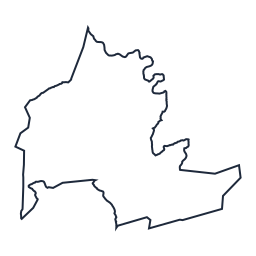 the district of San Juan Quiahije, Oaxaca, Mexico
{"feature_id": "50627088B53386333601556", "entity_name": "San Juan Quiahije", "entity_type": "district", "adm_level": 2, "iso_a3": "MEX", "parent_name": "Mexico", "parent_adm1": "Oaxaca", "projection": "mercator", "projection_center": [-97.349, 16.355], "detail": "fine", "context": "isolated", "style": "outline", "palette": "slate", "viewbox_px": 256, "rotation_deg": 0, "n_neighbors": 0, "source": "geoboundaries", "source_scale": "gbopen_adm2", "svg_char_len": 5789}
<svg xmlns="http://www.w3.org/2000/svg" viewBox="0 0 256 256"><path d="M164.4,91.3L164.0,92.1L163.4,92.5L161.6,93.0L159.5,93.6L157.1,93.4L155.9,93.4L154.1,93.1L153.5,92.8L152.6,91.5L152.5,90.1L152.9,88.4L153.4,86.7L156.0,84.6L156.2,84.1L156.6,83.9L157.7,81.7L158.3,81.2L160.7,81.5L163.3,80.2L164.0,79.6L163.6,75.4L162.5,74.2L161.4,74.2L160.1,74.6L158.6,74.1L156.6,74.1L154.8,74.4L153.4,75.8L153.6,77.0L153.6,77.7L153.1,78.6L149.7,81.4L149.3,81.6L148.8,81.5L148.3,80.7L145.1,79.5L144.2,78.5L144.0,77.4L144.0,76.2L143.8,75.6L143.9,75.1L143.4,73.8L143.4,72.2L143.3,71.6L143.7,69.9L144.2,69.5L145.2,68.0L146.6,67.0L149.0,66.4L149.9,66.1L151.2,65.5L152.1,64.7L152.6,63.7L153.0,61.3L152.2,60.6L151.9,59.1L151.7,58.7L150.5,57.3L149.3,56.9L147.2,56.2L143.5,57.5L143.5,57.8L142.8,58.5L142.3,58.8L141.3,58.7L140.7,58.3L140.0,57.3L139.4,53.3L139.6,52.9L139.0,51.5L138.7,50.7L138.0,50.1L135.6,50.4L132.8,52.6L129.2,53.2L128.3,53.5L127.3,54.8L126.6,55.9L126.4,56.0L125.9,56.7L125.3,57.0L124.6,57.1L122.6,56.5L119.6,54.3L117.9,53.7L117.2,54.0L116.1,54.2L114.8,55.0L113.7,55.3L111.9,55.6L109.1,55.5L108.3,55.1L106.0,52.8L104.6,50.0L104.5,47.7L104.1,44.8L103.1,43.0L102.5,42.5L101.0,42.1L98.4,42.0L97.3,41.9L96.7,41.7L95.7,40.8L95.1,39.8L94.0,38.7L93.3,36.2L90.8,34.2L88.4,30.8L88.2,30.1L88.4,29.3L88.4,28.3L88.0,27.6L83.3,47.1L71.2,78.7L71.2,79.0L71.1,79.6L70.2,80.5L69.3,81.4L68.2,82.4L66.8,82.2L65.8,82.1L64.8,82.2L63.8,82.3L62.4,82.2L62.1,82.8L62.0,83.2L61.3,83.7L59.6,84.0L59.1,84.4L58.6,84.7L57.7,85.1L56.9,85.5L56.1,85.8L54.6,86.2L53.8,87.1L53.4,87.0L52.5,87.1L51.8,87.5L51.2,87.6L50.8,87.9L50.4,88.2L49.9,88.3L49.2,88.3L48.7,88.8L43.1,92.8L42.1,92.9L41.7,93.1L41.2,93.5L40.8,93.7L40.6,94.1L40.1,94.6L39.6,95.4L39.0,95.8L38.2,96.3L37.5,96.7L36.8,97.7L35.8,98.3L34.8,98.9L34.3,99.2L32.9,99.6L32.1,100.0L30.1,100.3L25.0,107.2L29.8,117.8L28.2,127.6L20.4,133.3L15.4,146.6L24.1,150.7L23.9,164.8L23.4,171.0L23.1,174.6L23.3,177.4L23.3,186.7L22.6,207.4L22.5,209.2L21.3,210.9L20.9,213.3L20.9,214.1L21.1,215.4L21.2,218.4L21.7,218.9L33.2,207.9L37.6,199.7L37.7,199.2L37.2,198.8L36.4,197.8L36.1,197.1L35.6,196.2L35.2,195.4L35.1,194.8L35.3,194.2L35.7,193.7L35.7,192.8L35.3,192.0L34.7,191.3L34.2,191.1L33.1,190.1L32.4,189.2L32.2,188.8L30.9,188.3L29.9,187.7L28.8,187.0L28.7,186.5L28.7,185.8L29.5,185.0L30.7,184.4L31.2,184.2L31.7,184.2L32.7,183.5L33.4,183.1L34.1,182.8L35.0,182.6L35.4,182.0L35.6,181.8L36.2,181.7L37.2,181.8L37.7,181.8L38.9,181.6L39.3,181.4L39.8,181.3L40.2,181.2L41.1,181.0L41.9,181.1L42.7,181.2L43.4,181.4L43.8,181.7L44.1,182.0L44.3,182.7L44.6,183.0L45.5,185.6L46.1,186.8L46.7,187.3L47.5,187.8L48.7,187.2L53.1,187.9L62.6,182.8L92.4,179.8L95.3,180.2L94.5,180.6L94.3,180.8L94.1,181.2L93.9,181.6L93.7,182.0L93.3,182.5L93.1,182.7L92.7,183.2L92.7,183.5L93.0,184.0L93.3,184.4L93.7,184.6L93.9,185.0L94.0,185.6L94.5,186.2L95.4,187.1L95.9,187.6L96.7,188.0L97.0,188.5L97.2,189.0L97.9,189.5L98.5,189.7L98.9,190.1L99.7,190.5L101.0,190.8L102.0,191.2L102.8,191.4L103.2,191.7L103.5,192.5L103.5,193.4L103.4,194.2L103.2,195.0L103.2,195.5L103.4,196.4L104.2,197.4L104.6,197.9L105.2,198.8L106.2,199.8L106.8,200.6L107.4,200.9L108.2,201.5L109.1,202.1L110.1,202.8L111.0,203.8L111.8,204.6L112.4,205.8L113.0,206.6L113.5,207.5L114.0,208.4L114.4,209.3L114.7,210.2L114.9,211.2L114.9,211.9L114.7,212.8L114.4,213.2L114.7,213.9L115.5,215.0L115.8,215.8L116.1,216.7L116.3,217.0L116.3,217.5L115.9,217.9L115.7,218.4L115.4,218.9L115.3,219.4L115.5,219.9L115.6,220.4L115.6,220.8L116.0,221.2L116.2,221.7L115.9,222.1L116.4,224.5L116.3,225.4L116.4,226.4L116.3,227.8L116.7,227.2L117.3,226.5L117.8,225.7L146.9,217.2L150.4,220.0L149.0,228.4L179.8,219.7L182.6,220.1L222.0,208.9L223.0,195.9L240.6,177.7L239.0,165.2L215.0,173.7L180.1,169.9L179.9,169.2L179.9,168.7L179.8,167.7L179.8,166.8L180.2,165.7L180.7,165.3L181.6,164.1L182.1,163.1L182.2,162.3L182.2,161.7L182.8,160.9L183.7,160.1L184.2,159.7L184.7,159.3L185.2,158.7L185.8,157.9L186.2,157.0L186.5,156.0L186.5,155.5L186.3,154.8L186.1,154.1L185.9,153.6L185.4,153.0L185.1,152.4L184.5,151.6L184.2,150.6L184.1,150.0L184.2,149.2L184.3,148.3L185.3,148.1L186.1,148.0L186.6,147.5L187.3,147.0L188.1,146.6L188.5,145.9L188.7,145.0L188.5,143.8L188.6,142.2L188.4,140.7L188.4,140.2L188.6,139.5L188.4,139.4L188.1,139.3L187.7,139.3L186.9,139.2L186.2,139.2L185.6,139.4L184.6,140.1L183.5,140.5L182.7,140.2L181.5,140.4L181.0,140.4L180.0,141.1L178.8,141.6L177.8,141.7L177.2,142.2L176.8,142.7L176.1,142.8L175.6,143.1L174.9,143.1L174.3,143.5L173.4,144.1L172.9,144.7L172.2,144.5L171.0,144.9L170.2,145.2L169.7,145.1L169.0,145.5L167.8,145.9L167.3,146.1L166.5,146.1L165.5,146.0L164.8,145.9L164.5,145.9L164.2,146.1L163.8,146.5L163.7,147.2L164.1,148.5L164.3,149.2L163.9,150.2L163.1,150.6L162.7,150.9L162.3,151.4L161.7,151.9L160.8,152.5L160.4,152.9L159.8,153.6L159.3,153.8L158.5,154.2L157.8,154.3L157.1,154.8L156.2,155.1L155.5,155.4L155.4,155.3L154.3,154.1L153.2,153.3L152.8,152.5L152.6,151.8L152.5,150.6L152.2,149.0L152.2,148.2L152.1,147.9L151.9,146.1L152.1,145.0L151.9,143.3L151.9,142.3L151.8,141.2L151.4,140.6L151.1,139.6L150.9,138.9L150.8,137.9L151.6,136.7L152.2,135.3L152.8,134.3L153.2,133.0L153.7,131.5L154.0,130.3L153.8,129.4L152.9,128.4L153.5,128.1L154.7,127.7L155.6,126.5L156.2,125.8L156.4,125.3L157.0,124.4L157.7,123.9L158.2,123.2L158.4,121.9L159.1,121.5L159.9,120.8L160.6,120.4L161.5,120.2L160.9,119.3L160.5,118.7L160.6,118.0L160.7,117.2L160.5,116.4L160.9,115.6L161.2,114.9L161.8,113.8L162.4,112.7L162.6,111.7L164.2,111.7L165.0,111.0L165.3,110.2L165.6,109.7L166.2,108.7L166.5,107.9L166.9,106.5L167.0,105.7L166.9,105.0L166.7,103.9L166.7,103.1L166.7,102.5L166.6,102.0L166.7,101.4L166.4,100.8L166.3,100.1L166.6,99.5L166.3,98.9L166.5,98.2L166.5,97.7L166.4,96.8L166.4,95.9L166.4,95.3L166.3,94.7L166.4,94.1L166.4,93.0L166.3,91.9L165.9,91.4L165.4,90.9L164.4,91.3Z" fill="none" stroke="#1e293b" stroke-width="2"/></svg>